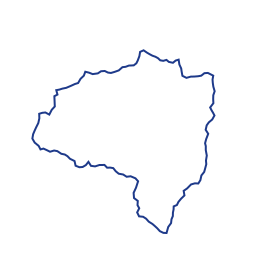 outline of Santa Bárbara do Tugúrio, Minas Gerais, Brazil, rotated 203°
{"feature_id": "56859067B74973065797584", "entity_name": "Santa Bárbara do Tugúrio", "entity_type": "district", "adm_level": 2, "iso_a3": "BRA", "parent_name": "Brazil", "parent_adm1": "Minas Gerais", "projection": "albers", "projection_center": [-43.531, -21.243], "detail": "fine", "context": "isolated", "style": "outline", "palette": "blue", "viewbox_px": 256, "rotation_deg": 203, "n_neighbors": 0, "source": "geoboundaries", "source_scale": "gbopen_adm2", "svg_char_len": 1948}
<svg xmlns="http://www.w3.org/2000/svg" viewBox="0 0 256 256"><g transform="rotate(203 128 128)"><path d="M70.0,209.5L76.0,209.9L79.1,208.3L81.0,204.8L83.6,203.1L86.8,201.4L90.3,199.8L93.8,197.0L98.3,197.3L100.8,201.1L102.3,203.6L105.5,206.5L108.1,210.7L110.5,208.7L112.1,205.6L116.2,204.8L119.2,205.7L121.8,203.6L124.8,202.9L127.7,204.0L130.6,204.3L133.8,204.1L137.1,204.4L140.1,204.8L144.0,205.6L146.6,202.8L145.6,198.6L145.4,193.8L145.6,190.8L147.2,187.9L151.6,185.8L154.1,183.4L156.9,181.8L159.0,177.4L162.4,174.3L165.2,172.0L168.1,171.2L171.7,171.4L175.0,169.7L177.1,166.5L181.6,163.8L185.5,163.7L189.3,163.1L189.1,158.9L190.9,154.7L191.5,149.9L194.0,147.8L197.1,144.4L200.6,140.8L203.8,138.6L206.1,136.6L208.8,134.8L206.0,131.2L208.2,128.5L206.2,124.3L203.8,119.2L205.3,115.0L205.7,109.6L210.1,110.0L212.8,108.5L215.3,106.4L213.4,102.3L212.5,97.5L212.8,92.7L212.9,89.3L212.9,85.2L211.9,80.9L208.2,78.1L203.2,76.6L200.2,74.1L197.8,76.0L194.2,75.9L190.5,75.7L187.2,78.4L184.0,79.1L179.3,78.2L175.8,78.9L172.7,78.4L169.4,77.0L164.3,76.7L161.5,72.8L157.4,72.9L154.5,74.4L152.3,77.4L151.2,81.4L147.3,78.7L143.3,79.8L139.8,82.8L135.2,84.8L131.7,83.3L128.9,84.6L125.9,85.3L122.4,83.4L118.7,82.3L114.3,83.3L110.2,82.6L106.7,84.6L101.5,84.6L97.9,82.9L97.3,76.2L97.5,70.5L95.1,65.9L90.5,64.7L89.1,60.7L86.3,58.5L86.6,53.9L83.3,51.0L79.4,52.2L75.9,51.6L72.3,49.9L68.0,49.2L65.2,48.3L62.1,47.2L58.4,45.5L54.5,45.3L51.5,46.4L52.3,52.6L51.2,57.3L52.3,61.0L52.3,64.4L53.6,67.7L54.2,70.8L55.3,73.7L52.9,76.2L52.7,79.7L51.5,83.7L49.7,88.0L52.2,91.9L50.0,95.4L47.9,100.7L44.8,103.2L41.6,104.4L41.0,108.3L41.9,113.0L40.7,117.3L41.2,121.1L41.8,125.3L43.5,128.5L44.7,133.4L47.8,138.1L49.3,141.7L51.1,144.1L51.7,148.3L51.9,154.0L55.8,156.7L56.6,161.2L55.8,164.8L53.8,168.7L53.3,173.3L55.6,175.2L58.2,177.1L60.4,179.0L59.1,184.2L60.9,187.9L62.3,191.5L62.6,195.7L65.6,199.4L67.6,202.7L69.1,205.6L70.0,209.5Z" fill="none" stroke="#1e3a8a" stroke-width="2"/></g></svg>